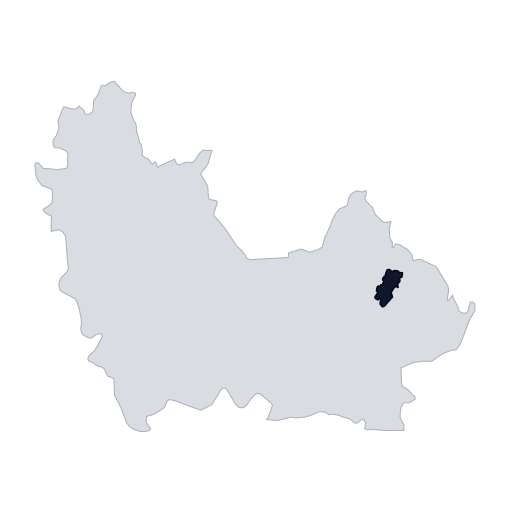 Fria, Fria, Guinea (highlighted), rotated 177°
{"feature_id": "49546643B99930178329351", "entity_name": "Fria", "entity_type": "district", "adm_level": 2, "iso_a3": "GIN", "parent_name": "Guinea", "parent_adm1": "Fria", "projection": "robinson", "projection_center": [-13.565, 10.528], "detail": "fine", "context": "in_parent", "style": "filled", "palette": "ink", "viewbox_px": 512, "rotation_deg": 177, "n_neighbors": 0, "source": "geoboundaries", "source_scale": "gbopen_adm2", "svg_char_len": 5483}
<svg xmlns="http://www.w3.org/2000/svg" viewBox="0 0 512 512"><g transform="rotate(177 256 256)"><path d="M319.4,353.3L314.9,352.6L312.9,353.6L306.9,361.5L303.3,364.6L297.8,363.6L295.8,364.2L294.3,363.3L296.3,358.9L299.2,350.3L306.5,341.6L306.7,339.8L303.6,334.7L300.5,327.8L300.5,320.4L299.8,315.0L293.3,313.5L292.2,312.6L292.0,310.8L295.6,301.6L295.9,299.7L295.5,298.0L291.5,293.3L285.2,284.6L274.5,266.6L270.5,262.8L266.7,257.3L265.2,253.8L261.2,252.6L223.9,252.8L223.2,257.5L210.3,260.6L202.4,257.0L193.6,259.1L189.3,261.5L186.0,272.0L184.1,274.2L182.2,278.9L180.5,281.5L178.6,286.7L174.4,294.1L170.0,298.8L162.5,301.4L160.2,309.2L158.4,312.1L155.5,314.3L152.5,315.8L146.3,314.3L142.9,315.7L142.3,313.7L144.3,307.6L142.7,304.4L136.8,298.0L136.3,294.9L134.5,291.0L126.8,282.8L119.5,283.3L121.5,276.4L121.5,267.2L119.0,262.2L119.6,257.1L118.3,257.5L115.9,261.0L112.0,259.8L104.1,254.4L100.2,249.1L99.7,244.7L98.8,242.9L96.4,243.9L91.5,243.8L76.5,235.8L65.8,215.7L65.5,211.2L67.1,203.4L66.7,201.2L61.8,206.4L60.9,202.9L57.1,194.9L56.1,190.2L52.5,188.2L49.6,187.8L47.4,189.4L44.4,198.8L42.2,198.7L39.9,196.7L40.4,189.7L46.2,180.9L55.9,158.7L59.4,153.6L61.5,151.8L66.1,151.6L75.0,148.6L86.0,141.7L94.4,142.2L104.2,141.4L117.1,136.6L117.3,121.7L116.8,118.4L112.3,115.4L109.6,112.8L107.3,109.5L104.5,107.2L104.6,104.7L110.3,101.5L115.6,101.6L117.3,100.3L118.6,98.2L120.1,92.8L120.6,87.2L117.2,79.5L117.4,74.1L136.3,74.9L146.6,76.4L155.1,76.8L156.5,78.1L155.3,83.3L156.4,86.4L159.3,87.2L164.0,83.6L166.5,84.4L171.8,88.9L176.7,90.2L182.1,92.7L187.2,94.0L191.7,93.8L195.1,96.4L201.4,97.2L209.5,94.0L215.9,92.5L224.9,92.2L229.6,93.2L243.3,90.6L254.1,92.1L252.4,93.9L247.5,105.8L248.1,107.9L259.1,118.0L261.7,118.8L264.7,117.4L269.3,112.7L273.0,107.7L276.6,105.2L280.8,105.4L284.1,108.9L292.0,123.9L293.9,125.8L295.8,125.8L299.2,123.0L300.9,119.7L308.1,109.8L319.3,104.9L345.9,116.2L349.8,117.1L352.1,116.2L355.3,109.5L365.3,103.8L370.1,102.2L372.8,102.0L373.9,100.2L374.4,97.5L373.8,94.7L370.7,89.6L370.6,88.1L372.4,87.1L376.2,86.4L381.1,86.9L386.7,89.1L391.2,92.2L393.8,96.0L398.9,111.8L404.5,124.2L404.4,140.8L406.8,142.5L409.6,143.2L410.8,144.5L413.6,151.4L416.2,153.4L419.2,153.8L425.0,158.2L428.7,160.0L429.2,161.3L429.1,163.1L427.7,165.4L422.1,170.0L419.4,173.9L413.8,183.3L413.6,185.1L414.9,186.3L417.2,186.6L419.7,185.9L424.9,182.5L429.0,183.7L432.9,186.3L434.4,189.0L434.8,192.6L433.9,197.2L433.8,202.4L435.1,211.2L437.2,219.9L439.3,223.1L452.5,230.9L453.8,233.8L454.4,237.0L453.5,241.5L452.2,244.0L445.0,250.9L443.9,254.1L444.5,260.2L445.1,285.9L447.9,290.3L451.3,292.5L459.2,291.3L459.0,298.4L458.0,306.4L462.6,308.9L464.9,311.3L466.2,313.6L459.0,317.8L456.9,320.3L455.9,327.0L456.2,333.2L466.0,337.6L469.8,342.8L471.5,348.1L472.1,358.3L471.2,360.6L468.7,360.6L463.7,354.4L456.1,353.8L450.5,352.6L441.0,353.4L439.5,355.2L438.4,368.7L440.7,371.0L445.2,373.5L448.1,374.6L450.6,374.3L452.4,375.9L452.9,380.4L451.6,383.6L449.1,386.6L446.0,394.4L446.7,401.5L441.4,412.9L439.9,415.1L432.9,412.9L428.3,412.1L425.0,415.0L420.4,410.6L419.5,407.1L417.9,406.4L414.8,406.4L412.0,408.3L410.7,411.9L410.1,419.2L405.0,426.1L401.4,434.7L397.2,433.9L396.3,435.0L391.8,437.2L388.0,437.9L387.0,435.5L384.8,433.7L382.3,430.0L379.4,427.1L374.0,425.0L371.9,425.9L369.3,425.7L367.7,424.5L367.9,422.8L370.7,418.3L372.3,414.1L373.2,409.6L373.2,405.3L371.6,399.3L369.2,394.5L368.6,391.7L368.9,387.7L368.3,384.1L367.5,382.1L366.3,375.1L364.9,373.9L364.1,368.3L364.3,362.5L362.2,360.4L358.9,358.8L357.0,356.5L355.8,354.1L354.6,353.3L353.6,353.5L352.6,355.0L351.6,355.4L349.6,350.0L348.8,349.8L347.5,351.0L332.3,357.0L330.3,351.9L327.4,351.0L322.4,353.0L319.4,353.3Z" fill="#d9dde1" stroke="#a8b0b8" stroke-width="1"/><path d="M115.1,233.7L115.7,233.8L116.5,233.8L117.2,233.9L117.9,234.3L119.5,233.9L120.7,233.1L121.1,233.7L121.7,233.9L122.4,234.8L123.4,235.5L124.4,235.6L125.2,235.5L125.9,235.1L127.4,231.7L127.7,230.6L127.8,229.8L128.3,229.2L129.0,228.9L129.5,228.4L130.6,226.9L130.6,226.1L130.8,225.9L130.8,225.5L130.3,224.9L129.6,223.8L130.3,222.2L130.9,222.2L130.9,221.5L131.2,221.0L131.6,220.4L131.8,220.4L132.0,220.4L132.2,220.5L132.5,220.6L133.0,220.6L133.1,220.4L133.5,219.9L133.9,219.5L134.2,219.3L134.7,219.2L135.5,219.6L135.9,219.3L136.3,219.0L136.6,218.6L136.8,217.9L137.3,216.1L137.5,215.4L137.5,214.9L136.8,213.8L136.4,213.4L136.6,212.6L136.9,212.3L137.4,211.4L137.9,211.0L138.2,210.5L138.2,210.3L139.1,209.4L139.5,208.3L138.5,206.9L138.4,206.8L138.0,206.7L137.6,206.7L137.5,206.4L136.9,205.8L136.5,205.8L136.4,205.9L136.2,206.1L135.9,206.4L135.7,206.5L135.3,206.5L135.1,206.7L134.7,206.9L134.3,206.8L134.1,206.8L134.1,206.7L134.0,206.4L133.9,204.4L134.5,203.2L134.5,201.6L134.3,201.3L134.3,200.8L133.6,200.5L132.8,199.6L132.6,199.0L132.7,198.9L132.0,198.7L131.2,198.8L129.7,199.7L126.8,203.0L124.9,204.6L124.9,204.9L121.8,207.8L122.1,209.1L122.6,209.5L122.2,210.4L122.5,210.9L123.0,211.2L122.9,212.5L122.4,213.0L122.2,213.3L122.2,213.5L122.0,213.9L122.0,214.2L121.8,214.5L121.5,214.7L121.3,215.1L121.0,215.3L120.9,215.3L120.7,216.1L120.2,216.2L119.5,217.4L118.2,217.9L117.4,218.1L116.8,218.0L116.3,217.2L115.8,217.2L115.7,217.3L115.7,217.7L115.9,218.0L116.1,218.5L115.4,221.9L114.3,222.2L113.9,222.7L113.6,223.5L113.6,224.9L113.8,225.3L113.9,226.1L113.3,226.7L112.7,226.9L112.4,226.9L111.4,227.3L110.6,230.5L110.8,230.8L110.7,231.6L111.1,231.7L112.1,231.6L113.5,232.3L114.4,232.3L114.5,232.7L114.9,233.2L115.1,233.7L115.1,233.7Z" fill="#0f172a" stroke="#020617" stroke-width="1.5"/></g></svg>